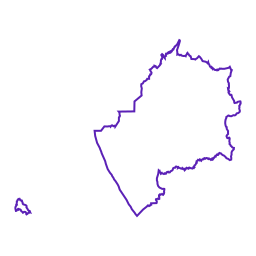 Montecristi, Manabi, Ecuador
{"feature_id": "8360857B99830619134812", "entity_name": "Montecristi", "entity_type": "district", "adm_level": 2, "iso_a3": "ECU", "parent_name": "Ecuador", "parent_adm1": "Manabi", "projection": "equal_earth", "projection_center": [-80.746, -1.129], "detail": "fine", "context": "isolated", "style": "outline", "palette": "violet", "viewbox_px": 256, "rotation_deg": 0, "n_neighbors": 0, "source": "geoboundaries", "source_scale": "gbopen_adm2", "svg_char_len": 5910}
<svg xmlns="http://www.w3.org/2000/svg" viewBox="0 0 256 256"><path d="M179.8,40.4L179.3,40.1L177.2,44.3L175.7,45.9L175.2,46.1L175.1,46.6L174.5,46.9L173.4,49.5L172.8,49.2L172.1,50.4L171.6,50.7L171.8,51.4L171.1,52.0L170.8,51.1L169.7,51.7L170.0,52.8L169.6,52.9L169.5,52.5L168.1,53.4L167.9,52.7L166.5,53.9L166.0,53.8L165.8,55.3L166.0,55.9L164.7,56.6L164.8,58.2L164.0,57.3L163.3,55.1L162.1,54.1L161.3,55.0L162.3,57.0L162.0,58.9L161.5,59.0L160.9,60.4L160.9,62.1L160.3,63.9L160.7,64.0L159.8,65.3L157.1,68.1L156.4,67.6L155.7,66.2L154.4,65.7L154.3,66.6L153.3,66.7L151.3,68.8L149.8,69.6L150.4,70.5L150.6,71.3L151.5,72.5L151.5,72.8L151.3,73.9L150.9,74.4L150.2,74.4L149.9,75.6L149.1,76.2L149.0,76.7L149.1,77.1L149.1,78.8L147.2,78.8L146.9,79.7L145.2,81.1L144.0,81.3L142.8,83.4L141.3,84.2L141.2,86.2L141.8,88.4L141.3,92.2L141.6,95.5L134.5,101.4L134.3,111.4L118.7,111.6L119.4,112.5L119.7,115.3L119.9,115.6L119.7,116.6L119.2,116.9L118.9,117.5L118.9,121.0L115.2,126.7L115.0,125.8L114.4,125.7L113.4,126.2L112.1,125.3L111.5,125.5L110.7,126.5L110.6,126.2L108.5,126.3L107.8,126.5L104.4,126.4L101.0,130.8L94.6,130.8L95.2,136.0L97.1,142.9L99.7,147.8L100.3,149.5L101.2,151.6L101.7,153.3L105.2,161.2L105.8,163.7L107.7,169.1L110.0,172.8L111.7,174.8L112.2,176.1L113.4,177.8L114.1,179.4L115.5,181.1L117.7,184.5L118.7,186.5L119.7,189.6L126.5,199.8L128.8,204.4L130.6,206.6L131.9,209.3L134.8,212.9L135.2,213.7L137.0,215.9L143.1,209.5L146.9,206.5L147.8,205.4L148.2,205.4L149.0,206.1L150.0,205.6L150.3,205.4L150.4,204.8L151.2,204.7L151.1,203.3L156.5,203.1L156.7,202.8L156.8,201.2L156.1,200.2L155.9,199.8L156.0,199.2L157.0,199.0L157.8,198.6L158.8,199.1L159.3,198.9L159.3,197.2L159.0,196.6L159.0,195.2L159.7,194.5L160.0,194.7L160.1,194.3L161.3,194.4L161.8,194.2L162.0,194.0L162.5,194.6L163.1,194.3L163.3,194.5L163.6,193.9L163.9,193.8L164.2,192.4L164.0,191.6L164.4,189.4L164.3,188.9L163.4,188.8L162.2,188.9L159.4,187.5L158.1,185.9L157.5,184.0L157.4,181.8L156.9,180.5L156.9,178.2L158.2,174.0L158.7,170.4L159.0,170.7L159.1,171.2L159.6,170.9L160.1,172.6L160.6,172.8L160.9,173.7L161.7,173.0L161.9,173.5L162.7,173.4L163.8,174.0L164.3,173.8L164.9,173.2L165.1,173.3L165.2,173.8L166.0,173.7L166.7,172.2L167.6,171.9L167.9,172.1L168.2,171.8L169.0,172.5L169.9,172.3L170.6,171.2L171.7,170.8L172.6,170.0L173.2,168.2L174.0,167.8L175.2,167.7L175.4,167.4L175.5,166.9L176.0,166.5L176.6,166.6L177.5,167.1L178.0,167.0L177.9,168.1L178.8,167.6L181.3,168.7L181.8,168.4L182.3,168.7L182.5,168.1L183.7,169.1L184.3,168.8L184.8,168.8L184.9,169.1L184.5,170.1L184.6,170.3L185.4,169.5L185.5,168.6L185.9,168.3L186.3,168.4L186.7,167.8L187.7,168.3L188.5,167.9L188.6,168.6L189.0,168.4L189.6,167.7L191.3,168.4L192.1,168.2L192.5,168.5L193.1,168.1L193.7,168.1L193.6,167.0L194.4,167.0L194.2,166.2L194.4,165.5L195.3,164.9L195.9,163.9L196.3,162.4L196.6,162.9L196.8,162.8L196.6,161.7L198.0,159.8L199.1,160.4L199.3,160.0L199.7,160.0L199.9,159.4L201.0,159.9L200.8,160.5L201.2,160.8L201.8,159.7L202.6,159.4L203.1,158.9L203.6,159.2L204.4,158.1L205.0,158.2L205.3,158.7L206.5,158.0L207.1,158.1L208.1,158.9L208.7,158.5L208.9,159.1L210.5,159.1L210.9,159.8L211.3,159.5L211.6,159.8L212.0,159.7L212.1,159.1L212.7,159.6L213.3,158.8L212.9,158.5L213.0,158.1L213.4,158.0L213.9,157.6L214.0,157.8L214.2,157.7L214.7,157.2L215.2,156.1L215.8,156.4L216.1,155.5L216.8,154.7L217.1,155.0L218.0,155.0L218.4,154.5L218.4,153.9L218.8,153.9L219.1,153.2L219.6,152.9L220.5,153.4L221.1,153.5L221.5,154.1L222.7,155.1L223.7,155.4L224.8,156.3L225.9,157.4L226.4,158.2L228.2,158.9L229.8,160.1L231.2,159.6L231.3,157.9L231.0,156.6L231.6,154.4L231.5,152.9L231.7,152.1L231.9,151.4L232.9,150.2L233.8,149.3L233.9,147.9L233.1,147.8L232.1,147.2L231.6,146.4L230.7,145.8L230.3,144.7L229.5,144.0L229.7,142.7L229.3,141.3L229.7,138.7L229.4,137.8L229.1,137.6L228.2,138.2L227.4,138.1L227.1,137.8L226.5,136.1L227.1,135.0L228.1,134.0L228.0,131.9L228.1,131.1L226.7,128.8L226.7,127.1L226.0,126.7L225.5,125.1L225.2,123.2L225.3,121.3L225.6,119.5L226.2,118.3L226.3,117.0L227.7,116.1L228.0,115.7L228.7,115.5L229.8,116.1L231.4,116.2L233.4,115.2L234.8,115.4L235.8,114.8L236.7,113.4L238.1,113.1L239.5,112.1L239.9,111.0L239.2,108.5L239.5,107.0L239.2,106.0L239.8,105.2L240.1,104.1L240.6,103.7L240.6,102.1L240.4,101.4L240.1,101.3L237.5,101.9L237.0,102.6L234.6,103.0L234.3,102.7L234.1,100.9L232.0,97.3L231.5,95.0L231.0,94.7L230.4,95.0L229.9,94.8L228.5,92.6L228.9,91.9L229.4,91.5L228.9,90.6L228.4,90.7L228.1,89.3L228.0,88.5L228.5,88.8L228.9,88.0L229.0,86.2L228.9,84.5L228.7,84.1L228.9,83.5L228.7,82.8L228.0,81.7L227.7,79.5L229.2,76.7L230.3,76.2L230.8,72.8L231.7,70.3L231.2,70.3L231.2,69.7L230.9,69.4L229.8,66.8L228.7,67.8L224.4,68.8L221.8,68.8L221.4,68.6L220.4,68.8L219.9,68.5L219.2,69.0L218.3,70.1L217.8,70.1L217.3,70.3L217.1,69.6L215.8,70.0L214.8,69.9L212.1,67.5L212.1,68.3L211.7,67.8L211.4,67.9L210.9,66.9L210.0,66.6L209.2,64.4L208.5,63.5L208.2,62.1L207.6,63.2L206.7,62.3L205.6,61.7L202.6,61.1L201.3,58.8L199.8,56.9L198.9,56.2L197.0,58.3L195.8,59.0L195.4,59.5L194.2,59.1L191.4,59.0L190.7,56.4L190.2,56.3L190.0,55.8L189.3,55.5L188.7,54.3L187.9,53.8L187.5,52.9L187.2,53.2L187.4,53.4L187.0,54.2L186.0,55.2L185.7,56.3L184.7,55.9L183.3,56.0L181.7,55.6L180.9,54.8L179.9,55.3L178.5,54.4L178.3,54.6L177.7,54.3L177.3,54.5L177.3,52.1L177.0,50.1L178.7,45.2L179.9,41.0L179.8,40.4ZM19.3,199.4L18.4,199.0L17.8,200.0L17.6,200.0L17.1,201.2L16.8,201.4L16.9,202.0L16.6,203.9L16.9,204.7L16.2,204.9L16.2,205.7L15.4,207.2L15.4,208.7L15.9,210.9L16.5,210.8L18.1,208.9L18.5,208.9L18.8,209.7L19.6,209.3L20.3,209.5L20.9,210.1L21.2,211.1L22.7,212.2L22.9,212.7L23.3,212.6L23.5,212.2L24.2,211.8L25.5,212.0L26.1,212.9L26.3,213.5L26.3,214.2L26.5,214.4L27.6,213.7L28.1,213.0L28.6,212.6L29.3,212.7L29.7,212.1L30.2,212.3L29.7,211.0L29.2,210.9L28.1,210.1L27.5,209.0L27.3,208.4L26.8,208.0L26.4,207.2L26.6,206.4L26.5,205.8L25.7,205.1L23.2,204.3L22.7,203.6L22.6,202.4L22.0,201.5L22.0,200.9L21.7,200.4L20.5,200.4L19.7,199.0L19.3,199.4Z" fill="none" stroke="#5b21b6" stroke-width="2"/></svg>